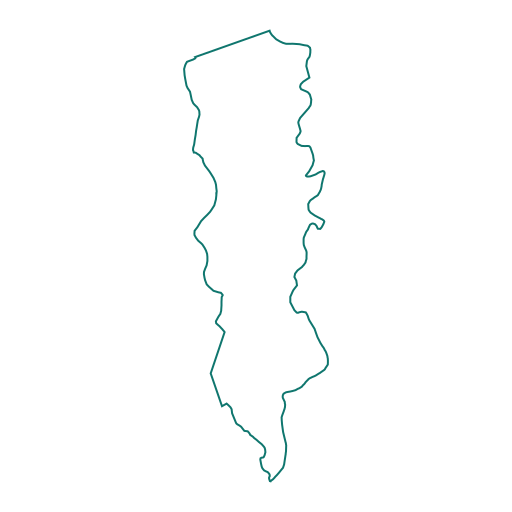 Macdomel, Laborie, Saint Lucia (Albers equal-area conic projection)
{"feature_id": "8701671B98275971460966", "entity_name": "Macdomel", "entity_type": "district", "adm_level": 2, "iso_a3": "LCA", "parent_name": "Saint Lucia", "parent_adm1": "Laborie", "projection": "albers", "projection_center": [-60.984, 13.774], "detail": "fine", "context": "isolated", "style": "outline", "palette": "teal", "viewbox_px": 512, "rotation_deg": 0, "n_neighbors": 0, "source": "geoboundaries", "source_scale": "gbopen_adm2", "svg_char_len": 6048}
<svg xmlns="http://www.w3.org/2000/svg" viewBox="0 0 512 512"><path d="M292.6,291.6L293.5,289.9L297.0,285.4L296.3,280.6L294.4,277.0L294.5,276.5L295.1,273.6L297.3,270.7L297.8,270.2L299.1,269.2L299.4,269.0L299.6,268.8L301.9,267.1L302.8,266.0L303.3,265.5L304.0,264.7L305.5,262.5L305.7,261.6L306.0,260.5L306.5,258.9L306.5,256.6L306.6,253.9L306.6,252.9L306.6,252.1L306.5,251.9L306.4,251.4L306.2,250.6L304.6,247.2L303.8,245.0L303.6,243.0L303.6,239.0L303.8,237.6L304.7,235.5L305.5,233.6L305.8,232.8L306.3,231.7L308.0,229.4L308.1,228.9L308.8,227.3L310.0,224.8L310.7,224.3L312.0,223.6L312.5,223.5L312.9,223.5L313.3,223.6L315.0,224.2L315.4,224.6L316.7,226.2L317.0,226.9L317.1,227.4L317.4,227.9L317.8,228.7L320.3,228.9L321.7,227.2L323.3,224.3L323.3,224.1L323.5,223.8L324.0,222.5L324.3,221.7L324.2,221.5L324.0,220.9L323.8,220.6L323.4,220.2L322.7,219.8L322.3,219.4L321.2,219.0L320.5,218.5L318.1,217.3L316.1,216.2L314.9,215.6L310.7,212.7L310.4,212.4L309.1,210.6L308.7,209.9L308.6,209.7L308.4,207.6L308.3,205.6L308.2,204.1L309.8,201.1L310.7,200.1L312.8,198.6L313.1,198.5L313.6,198.0L315.0,197.0L315.6,196.6L316.6,196.1L316.9,195.8L317.8,195.2L318.4,194.2L318.9,193.3L320.0,191.5L320.2,190.8L320.7,189.9L320.9,189.2L321.1,188.6L321.6,186.1L321.7,184.8L322.0,183.4L323.0,179.0L323.5,177.6L323.6,177.1L324.1,175.6L324.6,173.6L324.5,172.3L323.8,171.3L322.8,171.0L322.0,171.3L319.9,172.0L318.9,172.5L318.3,172.8L315.9,174.3L315.5,174.5L311.9,175.8L310.5,176.3L309.1,176.5L307.0,176.5L306.6,176.3L306.1,176.0L305.9,175.6L306.0,175.3L309.1,171.4L312.6,165.2L313.3,162.5L313.9,160.5L313.4,157.9L313.1,155.4L312.6,153.7L310.4,147.5L309.4,146.3L308.8,146.1L308.0,146.0L306.7,146.0L305.1,146.1L301.6,145.9L297.8,144.0L297.5,143.7L296.9,142.9L296.5,142.1L296.5,141.5L296.6,137.8L299.8,133.5L300.0,132.9L300.4,132.0L300.6,131.1L299.9,128.4L299.6,127.5L298.5,123.7L298.3,122.3L298.6,121.2L300.1,118.0L300.6,117.4L308.8,108.0L309.6,106.6L310.2,105.9L310.6,105.0L310.7,104.7L311.1,102.0L311.1,101.1L311.3,99.6L309.8,94.4L309.1,93.8L308.6,93.0L308.1,92.5L307.4,92.0L305.3,91.0L305.0,90.9L301.1,89.2L300.2,87.3L300.1,86.9L300.2,86.1L300.7,84.5L300.9,84.1L303.2,81.7L309.4,77.6L306.3,66.1L306.9,61.3L307.2,60.2L307.9,58.9L309.5,56.8L309.7,56.0L309.9,55.2L310.3,52.7L310.4,49.7L310.1,48.4L310.0,47.7L309.2,47.0L308.2,46.1L307.5,45.7L306.3,45.5L304.2,45.2L299.5,44.2L293.6,43.8L292.9,43.8L292.1,43.7L291.2,43.8L286.4,43.8L285.7,43.7L283.4,43.0L282.5,42.7L282.0,42.4L280.2,41.6L276.4,39.4L275.9,39.0L272.8,35.9L272.3,35.5L270.9,33.6L269.9,31.8L269.6,30.7L195.3,57.0L195.7,57.4L195.3,58.3L193.2,59.5L192.4,59.8L189.1,61.0L187.0,61.8L186.0,63.5L185.2,65.2L184.1,69.0L184.6,75.2L185.2,78.8L186.5,85.6L187.5,87.9L190.0,91.7L190.7,94.9L191.7,99.8L193.2,103.2L194.4,104.6L197.1,107.2L198.9,110.1L199.3,111.4L199.5,114.7L199.0,116.9L197.8,120.4L197.2,124.1L196.7,127.4L196.1,130.8L195.6,135.0L194.9,139.1L194.2,144.1L193.9,145.4L193.3,147.3L193.1,148.6L193.0,150.1L193.4,151.0L193.8,152.5L194.5,152.5L195.9,152.8L197.1,153.7L199.5,155.2L200.5,156.5L202.6,158.6L202.8,159.9L203.4,162.5L203.8,163.2L204.9,165.5L205.8,166.7L209.1,171.0L209.6,171.7L210.9,173.7L213.5,177.9L214.4,180.0L215.3,182.1L216.0,184.8L216.3,188.1L216.7,191.2L216.5,193.3L216.3,193.3L216.3,194.3L216.4,194.8L215.9,199.4L214.3,205.4L211.6,209.6L210.1,211.8L207.2,214.9L204.2,217.8L201.1,221.1L197.4,227.2L194.6,230.8L194.4,233.6L194.5,235.1L196.0,237.8L198.2,240.7L201.1,243.2L202.4,244.5L204.6,247.9L206.0,250.6L207.1,253.9L207.4,256.8L207.4,261.0L206.6,265.4L205.2,268.6L204.0,271.9L203.9,274.2L204.5,277.7L205.1,280.2L206.7,284.4L208.9,286.7L213.5,290.8L215.8,291.5L218.4,292.3L220.9,292.8L222.6,294.8L222.7,295.2L221.7,297.1L221.6,299.7L221.5,301.7L221.5,305.5L221.2,310.1L221.2,310.7L221.0,311.4L220.3,314.0L219.0,315.8L218.2,317.1L216.9,319.5L215.9,321.3L216.2,323.3L218.4,325.3L219.4,326.1L221.7,328.6L222.3,329.2L223.0,330.1L223.8,331.0L224.6,332.1L210.7,373.4L222.0,406.2L226.6,403.6L228.4,405.2L230.5,407.3L231.6,409.2L232.1,413.3L234.4,418.9L235.7,422.1L236.3,423.4L237.3,424.3L239.4,425.5L241.1,426.7L242.5,428.5L244.2,430.7L244.4,430.9L247.7,431.3L248.6,432.3L249.7,433.7L250.1,434.8L253.0,436.8L254.1,438.0L256.5,439.8L258.7,441.8L261.7,444.2L263.9,446.7L264.6,447.7L265.1,449.4L265.4,452.2L264.6,455.2L263.7,457.1L263.1,457.5L261.5,457.7L260.5,458.3L260.3,459.6L261.1,464.0L261.7,466.6L262.4,468.3L264.1,470.4L266.0,471.4L267.7,472.1L269.2,473.8L269.7,475.0L269.7,476.3L269.1,477.4L269.1,478.7L269.9,481.1L270.6,481.3L270.8,480.9L271.2,480.6L273.1,479.2L274.2,478.0L274.6,477.6L274.8,477.3L275.1,476.9L276.8,475.2L278.9,472.8L281.0,470.2L281.4,469.7L283.0,467.8L284.1,464.5L285.5,455.2L285.7,454.0L285.7,453.8L285.7,453.4L286.0,451.4L286.2,445.2L286.0,444.4L285.9,443.4L285.7,442.5L285.6,442.3L283.2,432.4L283.0,431.2L282.1,424.7L281.7,419.9L281.7,419.1L281.6,417.4L282.2,415.4L283.8,411.1L284.0,410.3L284.5,409.1L284.6,408.5L285.0,407.0L285.0,406.3L285.1,405.5L285.1,404.4L284.8,403.1L284.8,402.0L282.8,397.8L282.7,396.9L282.7,396.3L282.9,395.1L283.6,393.7L285.6,392.5L286.5,392.2L288.0,391.9L290.4,391.5L291.6,391.2L292.2,391.1L295.7,390.1L295.9,389.9L296.1,389.8L298.1,388.7L298.7,388.5L299.4,388.2L300.5,387.5L301.5,386.9L301.8,386.7L302.9,385.3L304.0,384.3L304.6,383.6L305.2,382.8L305.4,382.4L307.5,380.2L307.9,379.9L308.3,379.3L308.5,379.1L310.0,378.1L311.4,377.5L311.9,377.2L312.6,376.9L313.3,376.6L314.1,376.3L315.4,375.7L315.6,375.6L316.1,375.3L318.9,373.5L319.6,373.2L320.8,372.3L324.4,369.8L324.7,369.4L324.9,369.2L325.4,368.2L327.0,365.8L327.8,364.6L327.9,362.5L327.9,360.1L327.8,359.0L327.8,358.5L327.5,357.2L327.5,356.7L327.4,356.4L327.3,355.8L326.4,353.2L325.7,351.5L324.5,349.6L324.3,349.0L323.4,347.4L322.7,346.6L322.2,345.8L320.5,343.1L317.5,337.2L315.7,332.2L315.4,331.2L315.1,330.5L314.6,328.9L309.6,320.8L308.9,319.4L308.6,318.6L307.7,315.8L306.4,313.3L306.2,313.1L305.8,312.4L304.8,312.2L303.0,311.9L302.8,311.9L301.9,311.7L299.1,312.3L298.6,312.6L297.9,312.8L296.7,312.6L294.4,310.2L290.3,302.3L290.3,296.8L291.2,294.8L292.6,291.6Z" fill="none" stroke="#0f766e" stroke-width="2"/></svg>